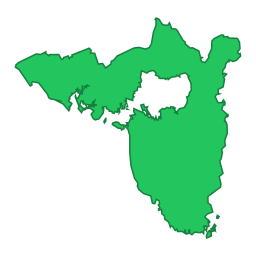 the district of Sorsogon, Sorsogon, Philippines
{"feature_id": "2640588B8238689001419", "entity_name": "Sorsogon", "entity_type": "district", "adm_level": 2, "iso_a3": "PHL", "parent_name": "Philippines", "parent_adm1": "Sorsogon", "projection": "natural_earth1", "projection_center": [123.949, 12.823], "detail": "fine", "context": "isolated", "style": "filled", "palette": "green", "viewbox_px": 256, "rotation_deg": 0, "n_neighbors": 0, "source": "geoboundaries", "source_scale": "gbopen_adm2", "svg_char_len": 5828}
<svg xmlns="http://www.w3.org/2000/svg" viewBox="0 0 256 256"><path d="M15.4,67.2L19.0,69.5L30.3,86.0L32.0,85.0L31.7,82.9L32.7,81.7L38.5,82.8L47.5,94.2L48.7,97.7L51.1,99.2L52.0,99.0L60.9,101.2L60.1,101.7L58.0,100.6L56.0,100.1L55.8,100.2L63.3,104.1L68.8,110.7L69.9,108.8L69.1,106.6L70.3,106.5L71.9,103.6L68.5,100.8L70.0,98.5L69.2,97.4L72.0,94.7L71.9,93.2L73.3,93.7L76.3,91.3L77.8,91.7L77.1,89.9L75.6,90.3L77.6,88.4L77.7,89.9L79.3,89.9L78.2,92.9L80.3,93.3L81.2,90.4L82.3,90.4L82.4,86.1L84.2,87.1L87.4,84.6L86.7,86.0L88.6,85.6L88.8,85.8L86.3,86.4L86.4,87.6L85.1,87.2L83.3,89.5L82.1,92.6L82.7,94.2L81.9,93.4L79.7,94.6L77.9,98.5L75.9,97.4L75.5,95.7L75.2,96.6L79.0,106.4L78.2,108.5L81.5,112.6L82.8,110.1L85.3,109.6L85.9,107.9L83.6,108.7L79.8,105.0L81.3,100.8L83.4,101.3L82.6,102.2L83.3,104.0L84.6,103.5L86.4,106.0L86.4,104.5L92.1,105.0L92.5,102.4L94.7,100.6L93.4,104.2L97.0,105.1L94.5,105.2L93.9,107.3L93.6,105.5L92.2,106.6L91.4,105.5L89.8,106.8L88.9,106.0L87.0,108.5L89.9,108.2L93.8,110.9L91.1,114.4L93.2,118.5L95.2,119.9L98.9,118.9L103.2,113.0L103.8,108.4L103.3,107.7L103.5,109.0L102.7,108.3L102.2,109.3L102.6,106.9L106.3,106.6L106.5,108.6L109.0,109.8L109.3,111.2L112.0,111.5L112.3,112.9L114.1,113.4L114.9,111.6L117.3,112.2L118.1,108.5L119.7,108.8L120.7,106.7L120.3,103.4L121.5,103.3L121.2,104.9L122.7,106.6L121.7,108.9L124.5,108.7L125.0,105.1L126.7,103.2L125.0,100.8L126.4,101.0L126.0,98.2L132.7,100.5L132.6,98.6L134.0,96.9L133.0,96.7L133.4,93.8L134.7,93.2L134.0,91.7L137.2,90.4L137.7,86.9L140.7,87.1L139.9,82.8L138.2,82.7L141.0,82.2L141.6,80.4L140.4,77.8L141.6,70.8L147.0,73.1L148.9,71.4L153.4,70.5L156.2,73.0L155.5,75.1L158.6,76.4L159.3,78.4L165.0,78.5L165.4,79.4L167.7,78.2L168.2,79.6L171.5,77.1L176.0,76.6L176.8,75.2L179.8,76.9L179.6,74.8L180.6,74.1L185.4,72.9L189.0,76.2L188.0,77.0L191.0,83.3L191.3,90.3L189.5,92.5L188.6,96.1L186.6,97.0L187.5,99.8L186.8,103.3L184.3,107.5L179.5,108.7L177.1,111.5L177.5,113.8L175.0,112.7L176.1,111.8L174.5,109.7L175.1,108.2L172.7,108.9L173.9,107.8L173.9,107.1L170.8,106.7L170.2,108.4L167.1,107.4L164.2,109.1L162.5,108.5L159.5,110.9L159.2,111.6L160.4,111.4L161.0,118.6L159.8,118.3L159.3,115.9L158.2,120.1L156.9,119.9L155.9,116.8L154.7,120.0L153.0,117.0L152.0,118.5L150.7,115.5L150.1,117.3L148.8,117.6L146.5,114.9L145.3,115.5L144.1,113.1L133.9,108.6L133.8,111.7L135.4,114.6L130.1,115.5L130.9,117.1L132.1,116.7L132.7,119.0L130.5,118.8L128.8,122.6L126.6,122.8L128.4,125.0L128.0,126.4L126.8,124.3L124.9,126.2L127.9,129.1L129.8,135.7L129.8,153.0L131.0,165.7L134.5,178.2L137.7,182.9L137.6,186.0L138.3,186.0L137.4,186.3L138.8,189.5L143.5,193.5L150.8,195.9L152.4,203.3L154.8,203.7L156.4,199.3L159.0,200.7L159.6,203.8L158.3,204.9L160.0,207.8L158.5,208.8L158.6,210.2L161.5,209.5L161.9,213.8L164.4,215.9L164.7,219.1L168.7,222.2L170.3,227.0L170.7,225.9L172.6,226.6L175.2,230.4L176.8,229.1L177.5,231.5L182.2,231.5L185.0,233.3L184.8,230.8L185.1,231.1L185.1,230.6L185.4,230.4L185.6,230.4L185.1,231.3L186.3,234.0L188.3,233.5L189.5,229.1L189.7,233.3L192.0,234.7L194.8,232.1L200.3,232.7L201.9,231.8L203.6,233.6L203.6,230.7L204.8,229.7L203.8,226.9L204.7,226.6L204.3,226.5L204.0,226.1L204.1,225.9L206.3,225.9L206.5,227.6L209.0,226.0L208.1,222.1L208.7,220.3L205.2,217.6L205.1,216.2L207.4,214.0L212.8,212.0L210.8,205.1L208.0,202.9L207.9,196.5L220.4,187.2L221.0,184.2L219.2,176.6L223.0,173.3L219.7,161.0L221.2,158.8L222.4,152.5L221.5,149.2L225.4,145.7L224.7,140.7L227.3,133.3L227.0,124.6L225.8,121.6L225.3,121.0L225.1,121.5L224.5,121.3L225.0,118.4L227.1,114.3L221.6,109.5L223.2,105.0L224.8,105.1L225.0,102.3L223.5,100.0L222.4,101.5L223.3,102.8L218.0,102.6L215.2,96.7L216.2,94.8L219.6,93.8L218.3,93.4L218.2,89.3L223.1,87.0L224.6,79.4L223.6,77.3L226.6,74.1L224.5,73.3L222.7,74.5L222.8,70.4L225.0,67.6L225.9,63.7L227.5,61.7L229.2,61.6L229.1,59.7L233.0,61.5L236.3,60.4L240.6,56.1L240.2,53.6L239.1,54.0L237.4,52.4L240.0,48.6L239.5,42.2L237.4,38.4L228.8,38.1L227.8,36.6L223.7,37.0L223.6,35.2L221.3,35.0L214.0,38.7L211.9,41.1L211.6,49.0L208.4,55.7L208.9,57.3L205.2,62.6L201.8,61.7L200.5,59.3L202.3,57.5L200.5,57.2L198.9,51.0L192.6,47.8L190.1,48.0L185.3,43.9L185.1,42.0L183.0,40.3L177.1,30.3L175.7,29.0L171.6,28.7L169.5,22.8L167.8,25.3L163.8,25.0L161.9,23.9L159.2,19.4L156.1,18.0L155.1,19.4L156.1,20.3L156.0,25.4L153.4,32.2L151.4,43.9L149.2,47.6L145.5,49.1L139.0,47.4L134.0,48.0L117.1,56.0L114.0,59.9L111.3,61.3L110.9,64.0L105.6,68.0L102.6,63.5L98.3,64.1L94.7,53.3L90.6,53.0L91.2,50.4L89.2,48.2L71.9,55.0L72.4,56.8L70.3,57.1L69.3,58.7L68.1,55.9L63.6,57.6L62.7,59.4L61.3,59.2L58.8,54.5L49.7,54.6L49.0,55.8L45.6,53.3L45.8,51.8L40.8,54.5L36.1,54.0L18.5,62.6L16.0,64.8L15.4,67.2ZM115.8,121.9L112.6,123.2L112.4,124.6L118.3,128.2L120.8,128.4L121.5,130.0L124.0,128.7L123.8,124.9L120.6,125.0L118.4,122.4L115.8,121.9ZM213.4,228.6L210.9,228.9L211.4,230.9L210.5,232.0L209.5,230.6L208.1,231.6L206.3,236.3L206.8,238.0L211.3,236.0L211.1,231.6L214.0,231.0L213.4,228.6ZM143.7,104.3L140.8,105.1L142.9,111.0L144.2,109.8L146.6,111.7L147.9,111.2L146.7,108.5L147.5,106.8L144.5,107.4L143.7,104.3ZM214.5,224.3L212.6,227.5L213.9,227.7L214.5,229.6L215.3,230.5L214.8,227.6L215.9,225.8L214.5,224.3ZM219.2,216.6L217.3,215.4L217.2,215.9L217.3,216.2L216.7,217.0L216.9,218.2L218.0,218.3L219.2,216.6ZM148.8,112.4L146.6,113.2L146.9,114.2L148.2,113.4L148.3,114.8L150.0,114.7L148.8,112.4ZM104.4,122.9L105.7,121.3L106.0,117.9L103.9,121.6L104.4,122.9ZM228.0,114.8L226.6,115.3L227.2,116.9L228.0,116.4L228.0,114.8ZM206.8,229.1L205.7,229.4L206.4,230.7L206.8,229.1ZM127.6,106.7L127.4,105.6L126.7,106.8L127.6,106.7ZM127.0,108.9L126.1,109.2L127.6,109.3L127.0,108.9ZM119.3,109.9L118.4,109.1L118.3,109.3L119.0,110.0L119.5,111.2L119.7,111.3L119.3,109.9ZM209.6,222.6L208.9,222.0L209.0,222.7L209.5,222.7L209.6,222.6ZM209.6,221.3L208.9,220.8L209.3,221.7L209.6,221.3ZM119.4,112.2L119.0,112.0L119.1,112.8L119.4,112.2Z" fill="#22c55e" stroke="#15803d" stroke-width="1.5"/></svg>